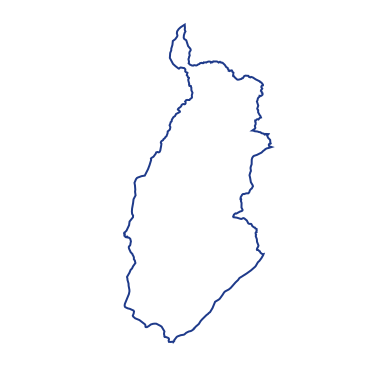 outline of Supia, Caldas, Colombia, rotated 30°
{"feature_id": "7082276B1777819545568", "entity_name": "Supia", "entity_type": "district", "adm_level": 2, "iso_a3": "COL", "parent_name": "Colombia", "parent_adm1": "Caldas", "projection": "robinson", "projection_center": [-75.644, 5.456], "detail": "fine", "context": "isolated", "style": "outline", "palette": "blue", "viewbox_px": 384, "rotation_deg": 30, "n_neighbors": 0, "source": "geoboundaries", "source_scale": "gbopen_adm2", "svg_char_len": 6000}
<svg xmlns="http://www.w3.org/2000/svg" viewBox="0 0 384 384"><g transform="rotate(30 192 192)"><path d="M250.8,331.4L251.1,329.8L250.7,329.2L251.2,325.3L251.6,324.4L253.8,321.7L256.1,319.8L256.6,319.2L257.4,316.8L258.9,314.5L260.5,313.0L261.4,311.5L261.8,310.5L261.8,309.6L262.1,309.6L262.5,306.9L263.9,302.9L264.0,299.5L264.4,297.4L266.1,291.2L266.8,289.7L267.0,288.6L267.7,287.0L267.8,282.3L266.9,275.5L268.9,271.9L269.4,270.6L269.9,265.8L270.0,262.9L270.4,261.5L272.6,258.0L273.5,255.6L274.9,248.5L275.9,245.2L276.1,242.8L280.1,235.2L282.3,230.3L284.0,225.3L284.2,224.3L284.2,219.9L284.8,218.0L285.2,214.5L285.2,211.1L285.0,210.0L284.7,210.3L283.3,210.6L281.6,210.3L280.3,209.4L279.6,209.5L278.7,209.2L278.1,209.2L277.4,209.7L277.0,209.5L276.6,208.3L276.6,206.2L276.3,205.1L273.2,202.6L271.7,200.4L269.2,198.3L268.9,197.0L268.1,196.5L267.5,195.6L267.5,195.2L268.0,194.4L267.3,193.7L267.3,193.0L266.4,191.7L265.1,191.9L264.3,191.4L263.5,191.6L261.4,191.4L259.6,190.2L259.1,190.1L257.4,191.0L256.4,191.0L253.8,189.3L250.5,188.7L249.4,189.0L248.4,190.5L247.7,190.9L243.7,191.8L240.5,193.1L239.8,192.5L239.9,191.7L239.6,190.7L240.3,188.8L241.2,188.5L243.3,185.0L244.6,183.6L244.9,182.9L244.8,182.3L244.5,182.0L242.6,180.7L240.4,176.7L238.7,175.2L238.5,174.1L238.1,173.6L237.4,173.7L237.4,173.1L236.8,172.3L236.8,169.2L237.3,168.1L238.2,167.7L239.6,166.1L241.5,164.9L241.7,163.4L241.3,161.6L241.6,159.9L242.0,159.1L241.9,156.5L241.1,155.8L238.1,154.1L235.1,150.5L233.4,148.7L232.7,146.0L232.5,144.3L230.7,142.0L230.2,140.5L229.8,138.2L227.5,134.0L227.1,132.2L227.2,130.7L227.6,129.7L229.6,127.5L232.5,123.1L233.2,120.6L233.9,119.2L234.0,118.4L234.9,116.9L236.4,115.5L238.4,113.3L236.5,113.7L236.0,113.7L235.4,113.3L234.9,112.7L234.8,112.1L235.0,111.4L235.3,111.1L235.8,111.0L235.9,110.6L235.2,110.1L233.6,107.8L230.8,107.0L228.9,105.6L228.6,105.3L229.3,104.0L229.3,103.6L226.7,104.9L226.5,105.1L226.4,105.9L225.9,105.9L225.0,105.6L222.7,106.3L221.5,106.0L220.0,106.6L218.4,106.9L215.9,108.0L214.3,108.2L213.5,108.6L214.8,105.8L214.8,104.8L213.4,103.4L213.2,101.4L212.3,99.9L211.7,99.7L211.1,98.7L211.5,98.6L211.6,97.2L212.0,96.5L212.5,96.1L213.3,96.0L213.6,94.0L214.5,93.0L213.1,91.9L212.2,91.6L209.4,89.9L208.5,88.2L208.2,87.9L207.7,87.9L206.8,87.2L206.2,84.1L202.9,81.1L202.9,80.0L202.3,78.2L202.3,77.0L202.8,75.8L202.4,74.9L203.6,74.4L204.1,73.6L204.4,72.4L203.7,71.2L202.8,71.2L202.1,70.2L201.1,70.0L200.9,69.1L201.2,67.4L199.7,66.6L199.3,65.8L199.4,65.0L200.1,64.2L199.7,63.5L197.3,62.5L196.1,62.7L195.5,62.3L190.8,62.6L187.4,62.4L185.6,62.8L185.2,63.6L183.6,63.8L182.8,63.2L180.1,64.5L179.3,65.5L179.1,68.0L178.5,68.4L178.3,69.3L176.3,71.3L175.4,71.9L174.7,72.0L171.5,71.3L170.7,70.8L169.8,71.1L169.5,70.9L168.2,67.9L166.8,67.7L166.3,67.1L165.7,66.8L165.0,67.2L164.1,68.5L163.1,68.7L162.5,67.7L161.5,67.5L160.8,66.7L159.2,66.7L156.8,65.5L153.8,64.8L153.1,65.2L152.2,65.2L151.9,65.5L151.1,65.3L150.3,66.6L149.0,66.4L148.2,66.6L145.1,68.3L144.9,69.4L143.9,69.7L143.7,70.5L142.9,70.1L142.3,70.1L141.2,70.7L140.1,71.8L139.7,72.7L138.6,73.1L137.9,73.8L137.4,73.9L137.3,74.8L137.1,75.0L135.8,75.3L135.2,76.0L134.7,76.2L134.3,77.6L133.6,78.3L133.1,79.5L132.4,80.3L130.4,81.1L129.8,82.0L128.6,82.5L126.5,82.7L124.7,82.2L124.6,81.4L124.2,80.6L122.5,78.7L122.2,77.0L121.9,76.5L121.8,75.0L120.3,73.2L119.9,72.2L120.0,70.0L119.6,69.3L119.0,68.8L115.7,67.6L111.3,63.6L110.7,63.4L109.0,63.4L107.7,62.6L106.6,60.3L106.0,57.5L106.1,56.3L104.6,55.1L103.8,53.4L102.0,50.7L99.8,55.0L99.0,57.6L98.8,60.3L99.5,62.1L101.1,63.7L101.4,64.8L101.1,68.0L99.9,70.8L101.5,74.4L102.4,78.3L103.2,79.7L103.6,82.5L105.8,87.0L111.6,90.6L114.9,91.3L118.7,91.8L119.1,91.6L119.6,90.2L120.0,89.8L123.4,88.6L124.9,89.1L125.9,91.0L126.8,91.2L128.4,91.0L128.6,91.5L129.0,93.4L130.2,93.8L131.2,94.7L132.2,94.6L132.5,95.1L132.5,96.4L133.0,97.2L135.4,99.6L135.8,100.6L136.8,101.4L137.6,100.8L138.1,100.8L138.5,101.4L139.2,101.9L140.6,104.2L142.8,105.8L143.5,108.4L144.6,109.9L144.7,110.6L143.9,112.5L143.8,113.6L141.6,114.8L141.0,115.4L140.8,117.0L141.4,117.2L142.1,118.4L142.1,119.2L141.8,119.7L140.4,120.2L139.8,121.0L139.5,121.8L139.7,123.0L139.5,124.2L138.6,126.0L138.4,127.0L138.4,127.5L138.6,127.7L140.7,128.0L141.4,128.5L141.4,128.9L139.2,132.4L139.3,134.8L138.5,136.4L138.4,138.7L138.5,139.9L139.0,140.8L138.9,141.6L138.6,142.2L139.1,144.1L139.2,145.4L140.8,146.6L141.5,148.6L141.5,149.5L140.7,151.7L141.5,153.4L142.0,156.5L141.5,157.8L141.5,159.1L140.9,160.4L141.0,161.6L140.2,163.0L140.1,164.3L140.4,165.0L141.4,165.5L142.4,168.0L143.8,172.0L143.9,173.4L143.4,174.3L142.0,174.7L141.2,175.6L141.4,177.0L141.0,180.7L139.9,182.7L139.7,183.6L140.6,184.7L141.8,190.0L142.5,194.2L142.9,201.4L140.4,203.5L137.8,206.6L137.3,207.4L137.1,208.9L137.6,212.8L139.3,214.8L141.7,218.3L142.6,220.3L144.8,223.1L145.0,227.5L146.5,231.0L148.4,236.3L149.7,239.0L151.1,240.9L152.8,241.9L153.5,243.4L152.7,248.8L154.1,252.2L154.6,258.2L154.1,260.2L153.3,261.7L153.5,261.5L153.8,261.8L154.6,261.8L154.8,262.0L154.5,262.4L155.1,262.9L155.0,263.2L155.3,263.7L155.8,263.7L156.5,264.1L156.9,264.2L158.2,263.0L158.7,263.2L158.7,263.5L158.1,263.5L158.1,263.9L160.3,263.1L161.9,263.4L163.8,265.3L164.4,267.2L164.9,268.4L165.1,269.3L164.8,269.9L164.7,271.0L165.1,271.8L165.9,272.6L169.0,274.8L171.4,275.5L171.7,275.9L172.8,276.5L174.3,277.6L175.3,279.3L176.7,279.9L178.5,281.8L178.1,285.8L178.3,288.2L177.8,290.2L178.2,293.2L178.2,298.1L179.3,299.2L180.1,300.4L182.8,303.0L184.0,304.9L186.6,307.9L187.5,309.3L188.4,312.0L189.8,322.4L190.3,323.8L191.1,324.8L191.8,325.1L194.5,324.9L196.5,324.3L200.6,323.9L201.5,324.4L202.2,326.3L202.6,328.8L203.4,329.3L205.9,329.8L210.5,329.2L217.3,330.1L218.2,330.6L219.1,332.0L219.5,332.1L220.5,331.6L221.5,329.9L222.6,327.3L224.1,325.7L225.6,324.6L227.0,323.9L231.3,323.7L233.0,323.8L237.8,326.5L238.4,328.3L239.0,329.3L239.9,330.1L240.1,330.7L240.8,331.2L242.2,330.6L244.1,330.3L245.1,330.4L245.7,331.0L246.0,332.3L246.9,333.3L248.6,332.5L250.3,331.1L250.8,331.4Z" fill="none" stroke="#1e3a8a" stroke-width="2"/></g></svg>